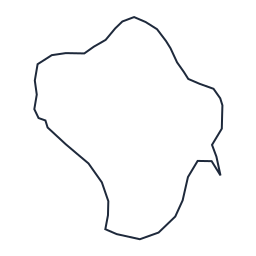 Kosan, Kangwŏn-do, North Korea (Robinson projection), rotated 181°
{"feature_id": "82179303B69390699872040", "entity_name": "Kosan", "entity_type": "district", "adm_level": 2, "iso_a3": "PRK", "parent_name": "North Korea", "parent_adm1": "Kangwŏn-do", "projection": "robinson", "projection_center": [127.417, 38.897], "detail": "fine", "context": "isolated", "style": "outline", "palette": "slate", "viewbox_px": 256, "rotation_deg": 181, "n_neighbors": 0, "source": "geoboundaries", "source_scale": "gbopen_adm2", "svg_char_len": 706}
<svg xmlns="http://www.w3.org/2000/svg" viewBox="0 0 256 256"><g transform="rotate(181 128 128)"><path d="M34.7,82.2L39.1,100.9L43.7,112.6L34.2,129.0L34.1,143.0L34.0,152.3L36.3,159.3L43.2,168.7L57.1,173.4L68.6,178.1L73.2,185.1L80.1,194.5L86.9,208.5L91.5,215.6L100.7,227.3L112.3,234.3L123.8,239.0L125.7,238.3L135.5,234.4L142.5,227.4L151.9,215.7L163.6,208.7L173.0,201.8L191.5,201.8L205.5,199.5L219.5,190.2L222.0,173.8L219.8,159.8L222.0,145.2L217.6,136.4L210.7,134.1L208.4,127.1L190.0,110.7L178.5,101.3L166.9,91.9L153.2,73.2L146.4,54.5L146.5,40.4L148.9,26.4L137.4,21.7L114.2,17.0L95.6,24.0L79.2,40.3L72.1,56.6L67.2,80.0L57.8,96.3L43.8,96.3L34.7,82.2Z" fill="none" stroke="#1e293b" stroke-width="2"/></g></svg>